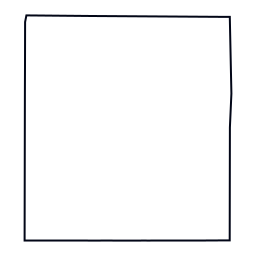 Montgomery, Kansas, United States of America
{"feature_id": "52423323B48873576903419", "entity_name": "Montgomery", "entity_type": "district", "adm_level": 2, "iso_a3": "USA", "parent_name": "United States of America", "parent_adm1": "Kansas", "projection": "albers", "projection_center": [-95.74, 37.193], "detail": "fine", "context": "isolated", "style": "outline", "palette": "ink", "viewbox_px": 256, "rotation_deg": 0, "n_neighbors": 0, "source": "geoboundaries", "source_scale": "gbopen_adm2", "svg_char_len": 560}
<svg xmlns="http://www.w3.org/2000/svg" viewBox="0 0 256 256"><path d="M227.7,16.9L92.0,16.0L26.4,15.4L25.1,22.0L25.0,66.1L24.9,91.4L24.6,240.5L37.3,240.5L41.4,240.5L49.7,240.5L65.1,240.5L65.9,240.5L66.5,240.5L69.8,240.5L97.2,240.6L107.0,240.5L115.4,240.6L119.5,240.6L125.7,240.6L127.8,240.6L138.9,240.6L140.4,240.6L142.4,240.5L148.8,240.6L153.5,240.5L159.3,240.5L163.8,240.5L179.7,240.5L182.4,240.5L186.3,240.5L188.0,240.5L205.9,240.5L224.1,240.4L229.7,240.4L229.9,127.4L231.4,93.6L229.8,16.9L227.7,16.9Z" fill="none" stroke="#020617" stroke-width="2"/></svg>